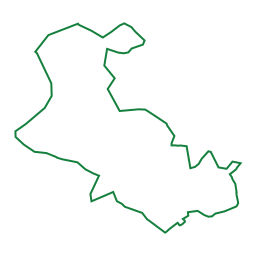 outline of Igbo-Eze-South, Enugu, Nigeria
{"feature_id": "59680162B63088628372837", "entity_name": "Igbo-Eze-South", "entity_type": "district", "adm_level": 2, "iso_a3": "NGA", "parent_name": "Nigeria", "parent_adm1": "Enugu", "projection": "albers", "projection_center": [7.412, 6.949], "detail": "fine", "context": "isolated", "style": "outline", "palette": "green", "viewbox_px": 256, "rotation_deg": 0, "n_neighbors": 0, "source": "geoboundaries", "source_scale": "gbopen_adm2", "svg_char_len": 1445}
<svg xmlns="http://www.w3.org/2000/svg" viewBox="0 0 256 256"><path d="M240.6,163.2L232.5,161.6L226.6,168.8L218.5,167.4L210.8,151.9L208.4,151.3L201.6,158.9L198.7,163.9L195.0,166.9L190.4,168.2L186.6,146.2L182.1,145.7L180.3,145.5L177.8,145.7L175.6,145.4L171.6,145.4L171.5,143.7L172.2,141.6L174.4,136.0L167.0,125.2L166.6,123.6L149.4,112.2L145.3,109.6L138.8,109.3L119.7,111.0L107.7,89.0L114.7,78.3L104.3,65.6L107.1,48.9L118.3,52.6L123.7,53.3L128.3,52.4L131.7,48.5L142.9,44.6L144.6,40.5L135.3,31.7L131.4,27.1L124.3,23.4L119.8,25.4L111.3,31.9L102.8,37.5L91.3,30.7L78.8,24.8L78.0,23.7L48.4,35.1L35.3,51.8L36.9,53.1L51.3,83.3L51.7,95.7L51.7,95.9L44.7,108.0L25.7,124.1L15.4,131.3L15.6,137.0L23.7,144.5L34.5,151.8L46.5,153.1L56.4,157.1L57.1,157.7L62.4,159.3L77.4,162.3L85.5,169.4L93.7,173.6L99.0,175.7L90.4,194.1L91.5,201.3L113.2,192.0L116.9,201.2L122.0,203.9L123.6,205.6L124.2,206.1L124.9,206.8L142.2,212.9L147.1,219.3L148.4,220.1L165.1,232.6L165.8,232.3L169.8,228.7L177.6,222.8L178.3,223.4L178.9,224.6L179.8,225.4L181.8,224.5L183.3,223.3L184.0,222.6L184.8,222.0L184.9,221.1L184.5,220.4L182.9,219.0L188.3,215.7L187.9,212.2L197.7,210.9L204.2,215.0L208.4,216.7L212.1,216.3L215.2,213.7L215.3,213.6L224.4,211.4L236.5,206.4L238.1,203.5L238.0,201.9L236.6,195.2L236.4,192.6L236.6,192.4L235.3,183.9L232.9,179.9L232.4,179.0L231.9,177.2L229.8,174.2L234.2,170.9L236.2,169.2L237.2,167.3L238.7,165.6L240.6,163.2Z" fill="none" stroke="#15803d" stroke-width="2"/></svg>